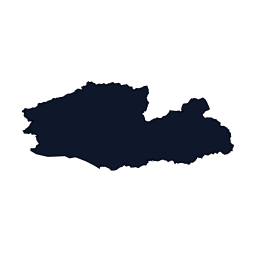 Kawkareik, Kayin, Myanmar (Natural Earth projection), rotated 100°
{"feature_id": "60261553B42100651402541", "entity_name": "Kawkareik", "entity_type": "district", "adm_level": 2, "iso_a3": "MMR", "parent_name": "Myanmar", "parent_adm1": "Kayin", "projection": "natural_earth1", "projection_center": [98.169, 16.039], "detail": "fine", "context": "isolated", "style": "filled", "palette": "ink", "viewbox_px": 256, "rotation_deg": 100, "n_neighbors": 0, "source": "geoboundaries", "source_scale": "gbopen_adm2", "svg_char_len": 5855}
<svg xmlns="http://www.w3.org/2000/svg" viewBox="0 0 256 256"><g transform="rotate(100 128 128)"><path d="M87.5,62.1L87.9,62.0L88.0,62.7L88.3,63.0L88.3,63.8L88.6,63.9L88.6,64.6L87.9,65.2L87.7,66.1L87.7,67.3L87.9,67.5L87.9,68.7L89.1,68.9L88.6,70.5L91.2,71.9L92.2,72.1L93.7,73.3L94.1,74.1L94.8,76.7L95.2,77.4L98.3,78.2L99.0,78.0L100.2,78.2L101.5,77.3L101.8,77.4L101.9,76.7L102.3,76.4L103.0,77.6L102.6,78.2L103.4,78.9L103.6,79.7L102.7,80.3L103.0,81.7L103.6,83.4L103.8,86.9L104.0,87.6L103.9,89.5L105.3,89.6L106.7,90.3L109.4,92.1L110.4,93.7L110.7,94.7L111.0,95.2L112.6,96.0L113.5,98.1L113.6,99.0L113.2,101.0L114.4,102.3L114.8,103.5L116.3,105.6L117.1,106.4L118.7,107.4L118.3,107.8L118.8,109.8L118.4,112.6L118.0,112.5L116.9,113.4L115.0,114.0L114.4,114.6L113.0,115.3L113.0,117.2L112.4,117.3L110.6,116.7L109.9,115.9L109.5,116.7L108.9,115.7L107.9,114.8L107.9,113.9L106.1,113.4L105.0,113.5L103.4,113.1L101.9,113.1L101.5,113.5L101.0,113.4L100.9,112.8L99.5,112.4L98.7,113.5L98.7,114.3L97.5,114.3L95.8,115.4L94.9,115.5L94.3,115.8L93.3,115.1L91.9,115.1L90.3,114.2L89.4,114.3L87.7,115.1L86.8,114.9L86.1,115.6L83.8,116.7L84.3,118.5L85.0,119.8L85.5,120.0L86.3,121.1L86.5,122.0L87.3,122.4L87.3,123.1L87.8,123.2L87.8,126.2L88.4,127.1L89.0,127.3L89.6,128.5L89.7,130.1L89.0,130.8L88.0,131.0L87.2,131.5L87.7,133.3L87.6,134.1L86.0,136.4L86.3,136.4L86.2,137.0L86.3,138.1L86.7,139.4L87.9,142.2L87.2,143.1L86.4,143.5L86.0,144.3L85.9,145.2L86.5,146.7L87.0,148.4L87.0,149.6L86.1,150.6L86.8,151.9L86.9,152.5L87.8,152.9L87.9,154.6L89.0,155.8L89.6,157.8L89.6,158.9L88.9,158.9L88.8,159.4L89.2,160.3L89.8,160.9L90.1,161.7L90.1,163.3L89.9,163.9L91.3,166.3L91.7,167.5L91.6,167.9L91.1,167.9L90.3,168.6L90.2,171.0L89.7,171.1L89.3,171.8L89.5,172.3L90.1,173.3L90.1,174.3L89.7,175.0L90.7,175.6L90.9,176.0L92.3,175.8L93.1,175.3L93.5,175.5L93.8,176.6L94.6,176.7L94.8,177.7L94.8,178.8L95.2,178.9L95.9,180.3L96.4,180.2L97.0,178.9L97.6,179.1L98.3,178.8L98.7,179.2L98.9,179.9L98.6,183.0L98.7,184.0L99.2,184.7L99.8,185.1L100.9,186.3L101.5,186.1L102.0,186.3L104.7,190.3L105.4,193.1L106.9,195.0L108.7,196.4L108.8,197.2L109.4,197.7L109.7,198.4L109.9,199.8L110.6,201.1L110.9,201.2L111.1,203.1L112.0,203.9L112.0,204.8L112.4,205.4L112.0,206.2L112.5,206.9L113.5,207.4L114.5,208.5L115.7,211.4L116.2,211.6L116.9,212.5L117.3,213.3L117.7,215.5L118.1,215.7L119.4,218.0L119.4,219.7L120.0,220.3L120.4,220.4L120.9,220.2L121.9,220.3L123.1,221.2L124.9,223.1L125.0,224.6L124.9,225.0L126.1,226.8L127.2,229.3L127.0,232.6L127.6,232.8L128.1,232.5L129.1,234.2L129.9,234.6L130.3,234.2L130.0,233.3L130.3,232.7L130.7,232.4L131.9,232.2L133.7,232.2L134.9,231.0L134.8,230.7L135.0,230.0L135.7,229.1L135.5,228.4L135.7,227.9L137.3,227.8L137.7,227.4L137.8,226.9L138.2,226.8L137.7,225.9L137.6,225.1L137.1,224.7L137.9,223.8L137.3,223.1L137.5,222.6L137.8,222.5L138.2,222.8L138.4,222.5L140.1,224.0L141.5,224.6L142.7,224.9L143.7,224.5L143.8,225.3L144.5,225.6L144.6,226.1L145.2,226.5L146.0,226.4L146.7,228.0L147.4,228.2L147.7,228.1L148.2,228.9L148.7,229.2L148.6,229.4L149.0,230.3L150.1,229.1L150.6,229.3L150.8,228.6L150.5,227.8L150.5,226.6L150.2,225.9L150.5,225.1L149.6,223.6L149.2,223.3L147.5,223.6L148.5,222.6L149.1,221.4L150.1,221.7L150.5,221.4L150.5,220.8L149.9,220.1L150.1,217.3L150.6,216.7L150.7,215.9L151.1,216.0L152.3,215.9L152.6,216.7L153.3,216.0L154.7,215.6L155.2,215.6L157.8,213.3L157.9,212.8L158.2,212.5L159.2,212.3L159.6,212.8L159.9,212.8L160.6,213.5L161.2,214.6L163.3,214.9L164.1,215.3L164.7,216.1L165.1,216.0L165.3,216.7L165.0,217.6L165.4,218.3L165.2,219.3L165.4,219.6L166.3,219.7L166.8,219.6L169.0,213.8L169.6,202.1L168.3,195.9L165.9,185.2L167.3,180.4L165.5,175.6L165.2,174.4L167.4,163.5L170.1,154.7L172.2,149.4L171.5,149.4L171.1,149.8L170.5,149.2L170.4,148.3L169.8,147.0L169.8,145.3L169.3,144.4L169.6,142.5L170.4,140.4L170.2,139.9L170.5,139.0L171.7,137.8L172.1,136.9L171.7,134.8L170.7,132.5L167.3,129.2L166.9,127.6L165.7,126.7L165.4,126.8L165.2,126.0L164.3,125.4L164.2,124.8L165.1,124.0L165.5,122.9L164.5,121.5L164.3,120.8L164.5,120.5L164.4,119.7L165.1,118.5L165.6,118.5L165.8,118.1L164.8,114.6L164.4,114.4L164.9,110.8L163.2,109.5L162.5,108.0L161.9,108.1L161.1,105.5L161.2,104.6L160.9,104.0L160.1,103.7L159.4,103.8L158.1,102.5L156.8,103.8L156.5,103.8L156.1,102.0L156.1,101.1L155.3,101.3L155.5,100.6L155.3,100.1L155.8,98.9L154.9,98.9L154.6,98.6L154.5,97.2L155.4,96.7L154.8,94.7L155.0,93.0L154.3,92.0L154.2,91.5L153.4,91.0L153.2,90.0L152.5,89.2L152.3,87.4L152.8,86.5L152.6,85.4L152.9,83.7L153.8,82.7L153.0,82.1L152.9,81.2L152.2,80.9L151.5,78.5L151.8,78.3L152.0,77.3L154.4,75.5L153.3,74.7L153.1,73.9L153.7,72.6L153.0,72.0L152.1,68.3L152.4,67.9L152.3,66.7L152.7,66.1L152.2,63.9L152.3,63.4L152.9,62.5L152.8,61.7L151.8,61.0L151.3,61.4L150.6,60.9L150.6,60.0L150.0,59.4L150.3,58.5L148.2,56.5L147.1,56.2L146.0,55.4L144.5,55.7L144.0,53.9L144.4,53.3L144.0,51.0L144.4,50.3L142.8,49.9L141.7,48.8L140.7,48.9L140.0,48.1L140.3,47.2L140.5,44.6L139.4,43.4L138.5,42.2L137.6,41.7L138.4,39.6L138.3,39.4L137.2,39.0L136.6,38.3L136.4,37.2L137.2,35.9L136.5,35.7L134.5,33.5L134.6,32.0L136.0,30.7L136.3,29.4L136.8,28.4L136.6,27.6L136.1,26.9L135.8,25.6L134.8,24.9L133.7,23.6L132.8,23.7L132.5,23.3L132.0,22.4L132.0,21.8L130.4,22.2L127.7,21.4L126.8,21.5L126.8,22.9L126.3,22.9L126.3,23.4L125.5,24.1L125.5,24.5L124.3,25.2L122.8,25.4L120.8,26.3L119.3,26.2L118.7,25.6L117.1,26.2L116.1,26.3L115.3,26.7L114.6,28.8L113.8,28.2L113.5,28.3L113.5,28.7L112.7,28.6L111.9,30.2L111.2,30.7L110.4,33.2L110.2,33.2L110.0,34.4L110.5,35.5L110.3,36.5L110.5,37.6L108.7,38.4L107.3,38.3L107.0,38.7L106.9,39.4L106.1,40.7L106.0,41.2L105.5,42.2L104.9,42.5L104.7,43.1L105.0,43.6L105.0,44.3L104.8,44.6L104.9,45.1L103.8,48.1L104.3,49.5L104.4,51.5L105.4,53.8L105.1,54.6L103.2,57.0L101.5,57.5L101.0,57.4L99.7,56.1L98.6,55.8L97.3,54.8L95.7,51.9L95.0,51.5L89.0,55.4L87.9,56.3L86.7,57.6L85.9,59.2L85.9,59.9L87.1,61.2L87.5,62.1Z" fill="#0f172a" stroke="#020617" stroke-width="1.5"/></g></svg>